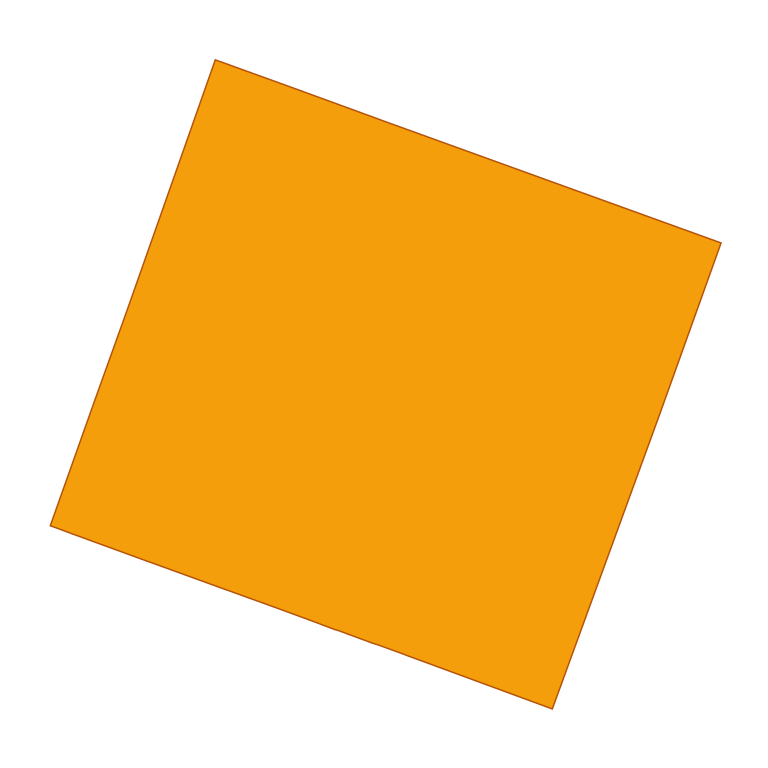 Cowley, Kansas, United States of America (Robinson projection), rotated 20°
{"feature_id": "52423323B98779997408159", "entity_name": "Cowley", "entity_type": "district", "adm_level": 2, "iso_a3": "USA", "parent_name": "United States of America", "parent_adm1": "Kansas", "projection": "robinson", "projection_center": [-96.904, 37.238], "detail": "fine", "context": "isolated", "style": "filled", "palette": "amber", "viewbox_px": 768, "rotation_deg": 20, "n_neighbors": 0, "source": "geoboundaries", "source_scale": "gbopen_adm2", "svg_char_len": 602}
<svg xmlns="http://www.w3.org/2000/svg" viewBox="0 0 768 768"><g transform="rotate(20 384 384)"><path d="M653.4,316.4L652.5,136.2L301.6,137.0L300.3,137.0L208.4,136.9L114.6,137.1L116.5,315.4L117.4,405.8L117.8,497.0L118.9,631.3L140.5,631.4L142.5,631.5L156.2,631.4L159.4,631.5L211.6,631.5L220.0,631.5L266.8,631.4L273.8,631.4L301.9,631.4L310.0,631.3L312.9,631.3L317.0,631.3L328.7,631.3L329.9,631.3L352.1,631.2L359.6,631.2L398.0,631.3L421.7,631.6L424.4,631.3L460.7,631.5L468.0,631.2L472.0,631.2L494.5,631.2L498.8,631.3L653.3,631.8L653.4,316.4Z" fill="#f59e0b" stroke="#b45309" stroke-width="1.5"/></g></svg>